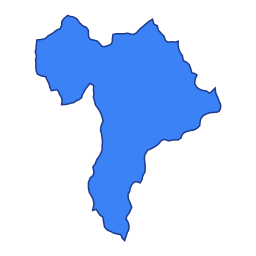 the district of Igaratinga, Minas Gerais, Brazil
{"feature_id": "56859067B35538622918215", "entity_name": "Igaratinga", "entity_type": "district", "adm_level": 2, "iso_a3": "BRA", "parent_name": "Brazil", "parent_adm1": "Minas Gerais", "projection": "robinson", "projection_center": [-44.723, -19.975], "detail": "fine", "context": "isolated", "style": "filled", "palette": "blue", "viewbox_px": 256, "rotation_deg": 0, "n_neighbors": 0, "source": "geoboundaries", "source_scale": "gbopen_adm2", "svg_char_len": 2505}
<svg xmlns="http://www.w3.org/2000/svg" viewBox="0 0 256 256"><path d="M124.6,240.6L126.1,236.2L127.2,232.6L128.6,229.9L129.1,226.4L128.2,222.5L126.1,218.9L126.9,216.0L129.6,212.2L131.7,207.3L130.3,203.2L128.3,198.8L128.0,194.7L129.6,191.6L130.3,188.0L131.5,185.0L133.9,182.2L136.4,181.6L140.1,182.9L142.1,179.4L142.7,176.1L145.0,171.8L145.2,167.3L144.9,162.8L144.4,159.4L144.7,155.0L147.6,150.2L151.2,148.7L154.2,147.1L158.1,144.4L161.7,140.2L165.0,139.4L168.5,140.9L173.6,139.9L178.1,139.9L181.1,137.8L182.1,134.6L184.6,132.3L187.5,131.3L190.9,130.4L193.8,130.1L196.8,128.4L199.7,125.8L200.0,122.5L200.5,119.5L202.5,116.3L205.6,114.2L210.0,112.7L213.6,112.4L216.4,112.2L219.0,111.4L220.4,108.8L220.7,104.7L218.8,100.5L217.5,96.8L215.8,93.3L215.1,88.0L212.6,90.6L209.8,93.3L206.4,91.0L202.3,90.3L199.0,89.0L196.3,86.7L194.6,83.2L195.3,78.7L197.0,75.0L194.8,73.5L191.8,72.8L190.8,69.0L189.2,64.6L186.3,62.1L183.3,60.6L182.4,55.8L180.1,52.4L179.0,49.7L178.1,45.5L178.2,41.2L175.1,42.1L171.9,41.7L168.3,42.2L165.4,40.6L164.1,36.3L161.4,33.5L158.1,30.0L157.4,25.8L153.9,24.1L152.5,19.2L148.6,21.6L145.5,24.2L142.7,26.7L140.4,28.5L138.4,30.7L136.4,32.9L133.1,34.5L130.4,33.9L127.6,33.2L123.5,33.8L118.8,33.7L115.8,33.8L113.0,34.5L112.4,38.2L112.3,41.9L110.6,44.6L108.1,45.5L105.2,46.5L102.2,46.5L99.9,43.9L97.5,41.2L93.8,40.1L90.7,39.5L88.7,37.1L88.4,33.9L88.4,30.4L86.2,27.2L83.0,26.0L79.6,22.8L76.8,18.8L73.2,16.9L70.5,16.5L67.7,15.4L63.9,18.6L61.9,21.4L61.6,25.4L60.2,28.6L56.6,30.1L53.3,32.8L50.8,34.4L48.4,35.6L46.1,37.9L43.7,39.1L40.4,39.6L36.9,39.9L36.3,44.7L36.1,48.4L35.3,51.9L36.5,56.0L35.6,59.5L35.9,63.3L35.9,66.7L36.1,70.4L37.5,74.1L41.0,75.8L45.6,76.7L47.6,81.0L49.1,84.0L49.8,87.2L51.3,90.6L54.2,90.3L56.8,89.6L58.6,91.6L59.7,94.7L61.5,97.5L62.1,100.9L61.6,104.7L65.1,104.5L68.2,104.0L70.8,103.1L73.8,102.6L76.1,100.9L79.1,99.6L81.5,97.8L82.5,94.5L84.1,91.6L85.6,89.0L87.6,86.4L90.0,83.3L93.8,85.7L93.4,90.0L93.9,93.4L93.4,97.0L94.6,101.3L95.5,104.9L97.5,107.7L99.4,110.5L101.2,114.2L102.3,117.7L103.1,121.1L101.1,125.8L100.5,130.4L101.5,133.8L102.2,138.4L102.5,142.5L102.1,146.1L102.1,149.7L101.1,152.6L99.8,155.4L96.8,159.6L95.1,164.1L92.9,166.7L93.4,169.6L94.0,172.6L92.9,175.6L90.3,177.8L88.4,182.4L88.4,187.8L89.3,192.4L90.8,194.9L92.9,198.8L94.0,203.2L93.5,206.5L92.6,210.4L96.3,209.4L98.5,213.0L100.2,215.5L102.8,216.8L103.6,222.0L104.6,227.1L107.5,230.2L110.3,231.3L113.8,233.1L117.6,234.1L120.8,234.6L122.1,238.0L124.6,240.6Z" fill="#3b82f6" stroke="#1e3a8a" stroke-width="1.5"/></svg>